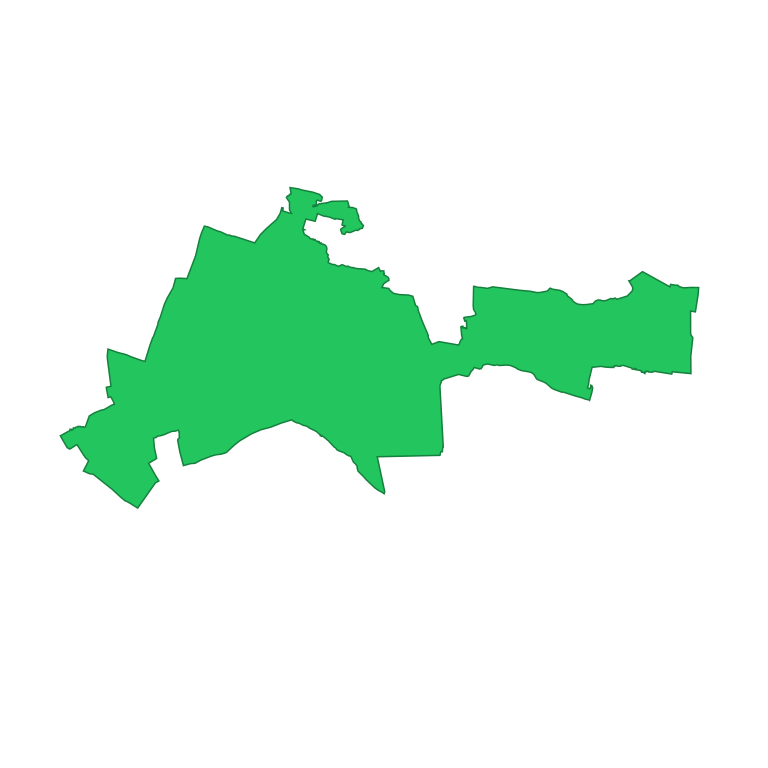 outline of Balabanesti, Galati, Romania, rotated 292°
{"feature_id": "2599482B66378466198707", "entity_name": "Balabanesti", "entity_type": "district", "adm_level": 2, "iso_a3": "ROU", "parent_name": "Romania", "parent_adm1": "Galati", "projection": "orthographic", "projection_center": [27.746, 46.074], "detail": "fine", "context": "isolated", "style": "filled", "palette": "green", "viewbox_px": 768, "rotation_deg": 292, "n_neighbors": 0, "source": "geoboundaries", "source_scale": "gbopen_adm2", "svg_char_len": 6147}
<svg xmlns="http://www.w3.org/2000/svg" viewBox="0 0 768 768"><g transform="rotate(292 384 384)"><path d="M591.3,639.6L588.8,633.1L585.3,625.5L584.9,620.9L585.5,620.2L585.6,618.9L584.9,617.6L583.7,612.4L581.2,612.7L585.0,581.6L571.8,573.3L571.4,572.4L567.2,577.9L565.6,578.9L563.4,579.3L556.7,576.6L549.8,568.2L550.3,566.4L549.9,565.5L548.8,564.6L548.2,562.2L544.9,559.0L543.7,557.2L543.1,555.7L542.7,552.6L541.9,550.6L539.7,548.7L536.8,547.8L533.6,542.1L532.1,538.9L531.0,535.4L530.6,533.2L531.1,529.8L531.7,528.1L533.0,526.3L534.3,521.4L535.0,520.4L536.0,519.7L536.3,516.7L536.7,515.9L536.7,512.0L535.0,504.5L535.2,502.5L534.8,501.9L531.4,500.7L527.2,494.2L526.0,491.3L524.8,484.9L521.7,474.6L514.8,448.4L511.5,444.2L509.6,436.8L508.7,434.7L508.5,431.3L508.1,430.5L489.7,437.5L486.6,439.2L484.6,441.9L482.9,443.2L481.7,442.4L479.1,439.3L475.8,433.3L474.6,433.5L474.6,433.9L472.5,435.3L473.6,436.6L466.4,440.0L465.8,439.1L466.6,438.4L466.6,437.9L466.4,437.4L466.0,437.5L465.6,436.4L467.1,435.6L466.5,434.4L466.0,434.6L465.7,433.9L458.2,437.8L455.3,439.9L454.6,439.1L453.0,438.7L448.1,438.7L443.9,419.1L438.7,413.5L443.4,407.8L445.7,406.8L456.5,396.0L464.8,388.4L468.2,386.2L468.7,383.8L476.1,377.9L475.7,373.6L472.6,364.5L471.6,358.9L473.1,354.4L474.4,352.6L472.7,346.0L476.6,346.1L481.0,348.8L481.9,349.8L483.8,348.8L484.4,347.8L484.9,345.8L485.0,343.4L485.9,342.4L486.4,343.0L487.4,342.1L488.8,341.5L488.0,339.5L487.1,338.5L489.9,335.4L483.7,330.6L483.1,326.6L483.4,323.4L480.9,315.7L480.4,312.9L480.6,312.2L480.0,311.1L479.6,308.3L479.8,306.4L478.8,305.1L479.0,300.5L476.0,297.7L476.2,293.2L475.4,291.0L475.7,288.8L475.5,287.5L475.8,286.6L478.4,286.5L478.5,286.1L479.1,286.3L480.8,284.2L482.9,283.9L483.3,282.7L484.6,281.2L488.2,280.3L489.6,279.3L490.7,277.7L490.9,274.8L490.2,273.6L490.5,272.9L491.3,272.7L490.5,271.6L491.7,270.6L491.7,270.1L491.0,269.5L491.5,268.9L491.2,267.9L491.3,266.9L492.1,266.0L491.2,264.7L492.0,264.3L491.3,262.4L491.3,260.6L491.9,259.9L492.4,257.7L492.9,254.0L496.5,251.2L497.3,252.6L497.6,250.6L507.7,249.8L509.1,259.2L517.1,258.6L517.1,265.1L518.3,270.4L518.4,276.9L519.2,277.1L520.9,284.6L515.7,285.5L516.0,288.8L515.0,288.6L514.5,287.9L511.7,286.1L510.8,286.0L507.7,288.7L507.7,290.0L508.0,291.5L510.9,292.1L511.3,294.8L512.0,296.2L516.0,300.2L516.5,302.0L518.2,303.4L518.7,303.2L520.3,305.6L523.2,305.6L524.7,302.6L525.6,302.0L525.7,301.1L526.6,299.8L529.0,297.8L530.0,297.7L533.6,294.2L535.6,293.1L536.0,292.5L535.9,288.9L534.6,284.9L535.7,285.1L540.0,281.6L533.7,266.9L530.9,263.6L526.6,256.2L523.8,254.9L521.8,252.1L522.3,251.3L523.2,251.7L523.9,252.3L524.7,254.1L525.3,254.3L527.3,253.0L528.5,252.7L529.2,253.0L529.6,254.0L529.4,254.4L529.8,257.1L530.8,257.4L533.9,256.8L534.5,256.3L534.6,255.3L535.6,253.5L535.2,246.2L532.9,233.9L533.1,233.5L532.6,230.4L530.9,223.3L525.6,226.6L524.9,226.5L524.4,225.3L523.2,225.4L522.7,225.2L522.2,224.1L520.4,223.6L517.1,228.3L510.1,231.1L507.5,234.3L507.1,233.0L506.6,225.2L509.4,224.6L509.2,223.2L503.3,223.8L496.3,222.8L483.8,216.6L476.1,213.4L466.4,211.3L464.9,189.5L464.0,187.4L464.3,185.5L463.5,183.2L463.9,175.4L463.5,172.2L463.7,161.6L463.1,158.3L455.6,158.2L449.8,158.6L432.3,161.3L407.9,161.8L405.6,155.0L403.8,151.2L394.3,152.4L382.6,150.8L375.8,150.5L362.5,151.5L356.7,151.4L354.7,152.0L341.4,152.5L340.4,152.2L333.2,152.4L315.4,153.9L315.0,150.7L314.5,140.5L314.6,133.5L313.5,125.5L313.0,115.0L306.9,116.7L303.9,118.0L279.6,131.7L277.0,127.8L276.1,128.2L268.1,133.3L269.8,135.4L266.7,139.3L264.2,141.6L262.3,139.4L255.5,134.1L253.6,131.3L248.9,126.4L244.0,122.7L232.4,123.2L231.5,122.1L231.8,121.3L230.6,119.0L230.9,118.2L230.2,117.1L230.2,116.2L229.0,115.5L228.7,114.6L227.6,114.1L226.9,112.4L225.1,112.6L224.2,111.9L224.9,111.1L224.4,109.8L223.2,110.2L214.7,103.3L206.4,114.0L206.0,115.6L206.3,116.3L206.0,117.1L212.8,122.0L205.3,132.5L203.7,135.1L202.3,138.9L190.7,137.9L190.5,144.6L191.4,148.2L184.5,171.5L180.4,182.4L178.7,187.7L178.8,189.5L178.1,194.1L176.7,202.1L206.7,209.1L209.8,211.6L213.1,207.0L222.3,195.5L229.8,201.1L238.7,195.1L247.5,190.6L249.2,192.9L250.8,193.5L252.1,195.9L254.7,199.1L260.4,204.8L262.3,208.4L264.1,210.5L263.3,211.5L261.0,213.0L259.1,213.5L257.8,214.5L255.6,213.6L254.5,213.8L244.9,219.9L233.2,228.6L237.6,234.3L239.7,238.5L244.7,242.6L252.4,250.8L255.4,254.7L257.9,259.2L260.4,262.4L261.5,263.5L271.3,268.1L277.1,271.4L288.3,279.9L295.6,287.2L301.5,295.1L309.3,303.4L316.3,312.0L315.6,313.7L315.3,317.3L315.8,320.1L315.4,324.7L315.9,327.4L315.7,329.8L315.2,331.3L314.7,339.0L313.2,343.1L313.1,344.3L312.2,344.2L312.1,346.0L312.8,346.5L310.6,353.5L306.9,361.4L306.7,362.9L305.4,364.9L305.1,367.4L305.3,372.7L304.5,375.6L304.2,378.2L304.5,380.3L300.0,385.1L299.4,387.2L297.7,390.0L296.1,390.5L293.4,392.7L290.4,399.9L288.6,403.4L284.3,414.3L283.3,418.5L282.8,423.4L282.3,425.2L284.3,425.1L314.0,405.0L338.8,462.6L342.4,462.0L343.1,463.5L347.2,462.2L347.7,462.6L402.2,437.0L403.8,436.4L407.7,436.4L408.7,435.9L409.9,437.2L410.9,437.5L420.8,449.6L422.0,457.5L422.4,458.6L423.2,459.5L428.4,460.1L430.7,461.1L433.1,461.4L433.7,467.1L434.8,468.4L438.7,468.9L440.3,470.9L441.4,472.8L442.5,479.3L444.2,481.7L444.3,483.9L447.4,490.4L448.5,493.9L448.5,499.7L447.9,502.5L447.9,506.2L449.7,514.6L449.7,517.3L448.9,519.6L446.0,523.4L445.6,524.4L445.7,532.0L445.0,535.4L443.0,540.8L442.7,544.0L443.0,551.9L443.6,553.1L444.6,566.5L445.3,572.2L445.4,576.3L446.0,580.0L445.8,580.7L453.9,579.9L458.7,578.9L458.9,578.2L460.1,577.7L460.4,576.3L457.5,576.9L457.3,576.5L456.5,576.5L456.6,574.1L459.9,573.9L465.0,572.5L477.4,570.7L481.6,578.5L482.6,582.9L484.7,589.2L485.2,589.2L485.4,590.9L487.1,590.7L487.4,592.1L488.2,592.5L488.0,593.2L488.2,594.4L489.1,596.8L490.1,597.2L490.9,599.1L491.6,607.7L490.8,608.5L491.4,610.8L492.4,610.6L492.6,611.8L491.6,612.1L492.6,616.9L492.4,617.0L492.5,617.9L491.4,618.4L492.3,621.1L491.4,621.4L491.4,622.0L493.3,621.5L493.6,622.7L494.3,622.7L494.7,624.3L494.2,624.6L494.5,625.7L495.8,628.9L496.7,629.4L497.1,630.1L501.0,647.1L503.3,646.7L508.6,664.7L524.5,658.1L542.6,653.0L544.7,650.0L546.6,649.0L566.5,640.9L567.5,645.7L584.8,641.7L591.3,639.6Z" fill="#22c55e" stroke="#15803d" stroke-width="1.5"/></g></svg>